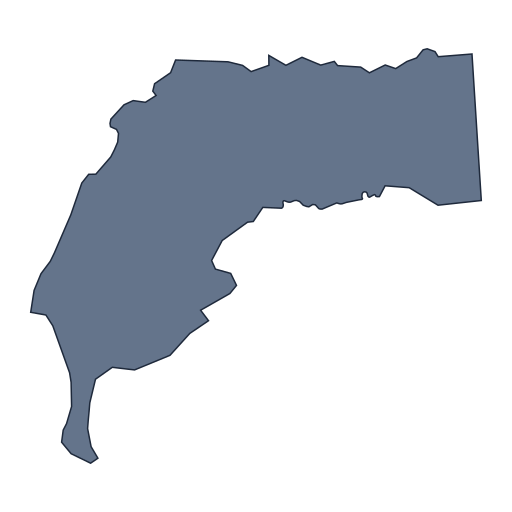 outline of Kent, Maryland, United States of America
{"feature_id": "52423323B63738133159827", "entity_name": "Kent", "entity_type": "district", "adm_level": 2, "iso_a3": "USA", "parent_name": "United States of America", "parent_adm1": "Maryland", "projection": "mercator", "projection_center": [-76.025, 39.196], "detail": "fine", "context": "isolated", "style": "filled", "palette": "slate", "viewbox_px": 512, "rotation_deg": 0, "n_neighbors": 0, "source": "geoboundaries", "source_scale": "gbopen_adm2", "svg_char_len": 1767}
<svg xmlns="http://www.w3.org/2000/svg" viewBox="0 0 512 512"><path d="M472.0,54.0L438.2,56.7L435.0,51.6L427.2,48.8L423.1,49.8L416.6,57.9L406.9,61.5L395.7,68.6L385.2,65.0L369.4,72.8L360.7,67.1L337.6,65.6L334.3,61.4L320.7,65.1L302.0,57.3L285.9,65.3L268.8,55.4L268.9,65.3L265.3,66.6L251.1,71.6L242.6,65.4L228.0,61.8L175.6,60.0L170.6,72.7L154.6,83.7L152.8,91.1L156.1,95.5L145.4,102.3L133.2,100.6L124.0,104.8L110.9,119.1L110.0,123.4L110.5,126.7L116.5,129.4L118.5,133.4L117.7,142.1L114.4,149.8L110.8,156.9L95.8,174.2L88.7,174.3L81.8,183.0L70.8,214.9L54.4,252.9L50.3,261.3L41.0,273.7L34.1,290.4L30.7,312.3L45.9,315.0L52.8,325.8L69.6,372.8L71.1,382.3L71.6,406.5L71.5,406.8L66.5,423.8L66.1,424.5L63.2,430.1L61.6,442.2L71.1,453.7L90.6,463.2L97.9,458.2L91.1,446.7L87.6,428.6L88.2,420.8L89.1,411.1L89.8,402.8L95.5,379.2L112.3,367.3L126.6,369.0L134.6,369.9L170.0,355.3L189.8,333.4L208.5,320.7L200.6,310.2L229.9,293.5L236.5,285.4L230.7,273.4L215.4,269.1L211.6,260.5L222.2,240.5L247.5,222.2L253.3,221.5L262.8,207.4L281.5,208.2L282.1,207.9L282.9,207.0L283.2,205.9L283.3,204.8L282.9,202.7L283.0,201.8L283.2,201.2L283.6,200.8L284.1,200.7L284.7,200.8L285.7,201.2L286.7,201.6L287.9,202.0L289.1,202.2L290.6,202.1L294.3,200.6L296.5,200.4L299.6,201.5L303.2,205.2L306.8,206.5L308.9,206.8L312.7,204.5L315.4,204.8L318.7,208.5L319.8,209.0L322.1,209.1L336.8,202.9L338.9,203.6L340.4,203.9L342.1,203.8L346.3,202.4L359.1,199.8L361.5,199.5L362.2,199.2L362.5,198.7L362.0,197.5L361.9,196.1L362.2,193.6L363.1,192.3L364.3,191.8L366.0,192.0L367.1,193.1L367.9,196.1L368.7,197.0L369.6,197.2L372.5,195.5L374.4,194.6L375.4,195.1L375.8,196.2L377.1,196.7L379.4,196.6L385.1,185.8L409.2,187.7L438.0,205.2L481.3,200.5L477.7,144.2L472.0,54.2L472.0,54.0Z" fill="#64748b" stroke="#1e293b" stroke-width="1.5"/></svg>